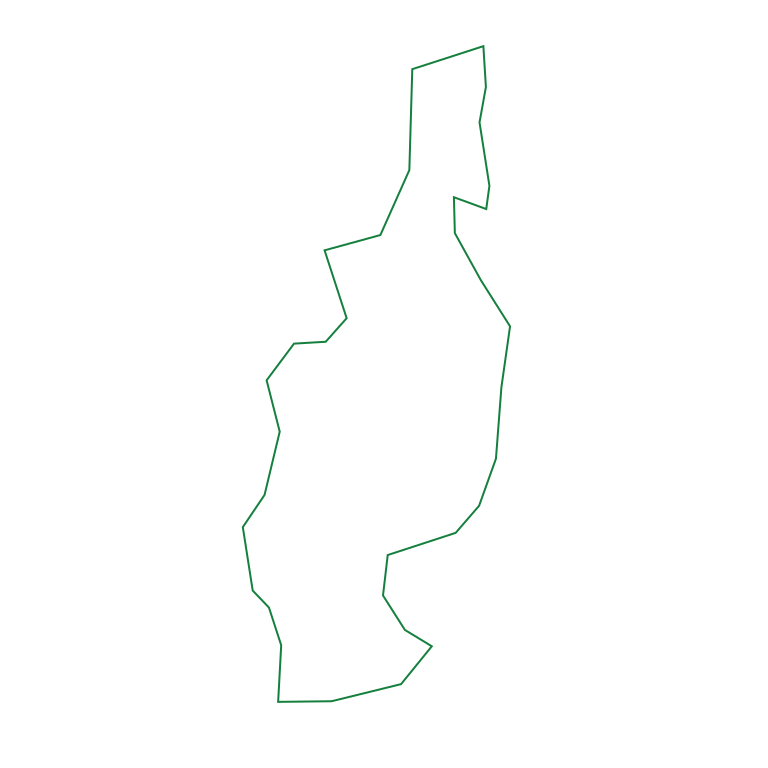 the Municipality of Cesu, rotated 72°
{"feature_id": "LVA-1080", "entity_name": "Cesu", "entity_type": "Municipality", "adm_level": 1, "iso_a3": "LVA", "parent_name": "Latvia", "parent_adm1": "", "projection": "natural_earth1", "projection_center": [25.407, 57.239], "detail": "fine", "context": "isolated", "style": "outline", "palette": "green", "viewbox_px": 768, "rotation_deg": 72, "n_neighbors": 0, "source": "natural_earth", "source_scale": "10m", "svg_char_len": 582}
<svg xmlns="http://www.w3.org/2000/svg" viewBox="0 0 768 768"><g transform="rotate(72 384 384)"><path d="M93.3,259.8L93.4,185.1L133.0,195.3L164.7,212.3L228.1,222.5L249.2,232.7L228.0,259.8L262.4,270.0L315.2,259.8L368.1,246.3L423.5,273.4L489.6,300.6L529.2,331.2L547.7,361.8L547.8,433.3L584.8,450.3L624.4,440.1L648.2,419.6L674.7,460.5L669.5,531.9L653.6,582.9L600.7,562.5L561.1,562.5L539.9,572.7L476.5,562.5L452.6,531.9L397.1,497.9L344.2,494.5L317.8,457.1L325.8,426.4L309.9,399.2L238.5,399.2L241.2,341.4L188.4,293.8L93.3,259.8Z" fill="none" stroke="#15803d" stroke-width="2"/></g></svg>